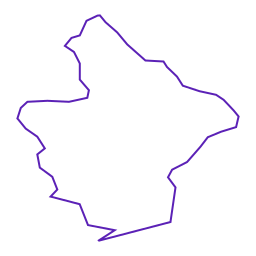 Arboga, Västmanland, Sweden
{"feature_id": "70781695B70233385943782", "entity_name": "Arboga", "entity_type": "district", "adm_level": 2, "iso_a3": "SWE", "parent_name": "Sweden", "parent_adm1": "Västmanland", "projection": "equal_earth", "projection_center": [15.804, 59.383], "detail": "fine", "context": "isolated", "style": "outline", "palette": "violet", "viewbox_px": 256, "rotation_deg": 0, "n_neighbors": 0, "source": "geoboundaries", "source_scale": "gbopen_adm2", "svg_char_len": 736}
<svg xmlns="http://www.w3.org/2000/svg" viewBox="0 0 256 256"><path d="M237.9,119.4L238.6,116.5L233.6,110.4L223.6,99.8L216.1,94.8L199.5,91.2L182.8,85.7L177.0,76.6L167.0,67.0L163.5,61.5L145.4,60.5L127.2,44.4L117.2,32.4L105.6,22.3L99.9,15.4L97.5,15.6L86.5,20.8L79.8,35.4L71.5,37.9L64.9,45.9L74.0,52.0L79.8,63.5L79.8,79.6L88.9,90.2L87.3,97.8L69.0,101.8L47.4,100.8L27.4,101.8L20.8,107.9L17.4,118.5L17.8,118.9L25.7,128.6L37.3,136.7L44.8,148.4L37.3,154.4L39.8,167.6L52.3,176.8L57.3,189.5L50.6,196.6L79.7,204.2L88.0,225.1L114.7,230.2L98.9,240.4L99.1,240.6L170.5,222.0L170.7,220.4L175.5,187.4L168.0,177.3L172.1,169.7L187.1,162.0L200.4,146.8L207.8,137.2L221.1,131.7L236.1,127.1L237.9,119.4Z" fill="none" stroke="#5b21b6" stroke-width="2"/></svg>